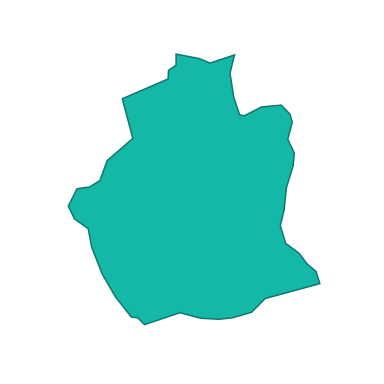 outline of Humphreys, Tennessee, United States of America, rotated 158°
{"feature_id": "52423323B79076745514263", "entity_name": "Humphreys", "entity_type": "district", "adm_level": 2, "iso_a3": "USA", "parent_name": "United States of America", "parent_adm1": "Tennessee", "projection": "natural_earth1", "projection_center": [-87.797, 36.024], "detail": "fine", "context": "isolated", "style": "filled", "palette": "teal", "viewbox_px": 384, "rotation_deg": 158, "n_neighbors": 0, "source": "geoboundaries", "source_scale": "gbopen_adm2", "svg_char_len": 726}
<svg xmlns="http://www.w3.org/2000/svg" viewBox="0 0 384 384"><g transform="rotate(158 192 192)"><path d="M295.1,98.8L289.4,95.6L285.7,86.8L248.4,84.6L231.1,71.6L214.7,63.9L201.5,60.2L181.7,58.2L164.0,65.8L107.8,59.2L106.8,71.8L112.2,82.1L115.7,95.2L124.4,109.2L122.7,127.8L113.4,140.7L102.8,160.7L88.4,178.4L82.6,189.7L83.4,205.1L73.0,218.9L72.0,227.5L76.7,239.1L95.6,244.8L115.0,243.1L118.9,245.8L117.8,264.3L112.2,288.0L101.2,303.2L126.9,304.8L135.3,313.0L155.1,325.8L159.3,315.5L168.2,313.6L171.8,305.8L221.7,304.6L226.8,263.9L258.9,252.9L273.1,237.1L285.0,235.0L297.4,238.1L312.0,225.2L311.0,210.9L302.0,196.9L305.7,178.4L306.0,149.5L302.2,123.1L295.1,98.8Z" fill="#14b8a6" stroke="#0f766e" stroke-width="1.5"/></g></svg>